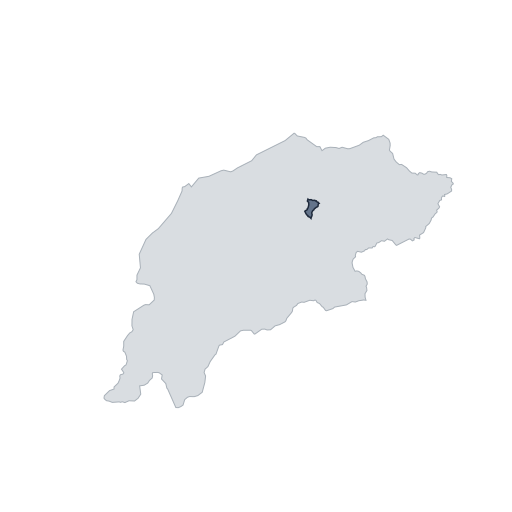 Xu'reemaral, Bayanhongor, Mongolia shown in context, rotated 146°
{"feature_id": "93677404B17106990406632", "entity_name": "Xu'reemaral", "entity_type": "district", "adm_level": 2, "iso_a3": "MNG", "parent_name": "Mongolia", "parent_adm1": "Bayanhongor", "projection": "albers", "projection_center": [98.288, 46.477], "detail": "fine", "context": "in_parent", "style": "filled", "palette": "slate", "viewbox_px": 512, "rotation_deg": 146, "n_neighbors": 0, "source": "geoboundaries", "source_scale": "gbopen_adm2", "svg_char_len": 4542}
<svg xmlns="http://www.w3.org/2000/svg" viewBox="0 0 512 512"><g transform="rotate(146 256 256)"><path d="M52.1,205.4L53.6,205.5L56.1,204.1L56.6,201.8L57.5,200.5L63.0,200.6L65.3,201.6L65.9,200.1L66.4,199.9L67.6,201.4L68.9,201.0L69.8,200.5L70.8,198.8L72.6,199.3L76.0,197.6L76.3,194.1L77.6,193.4L80.6,193.0L81.1,191.4L81.7,191.0L83.8,190.8L87.6,189.3L89.3,189.3L90.7,187.9L94.1,186.1L98.9,185.5L99.4,184.5L104.0,181.7L108.7,181.9L110.2,179.2L110.9,178.9L113.9,182.5L115.3,182.2L115.9,180.9L117.9,181.1L118.5,183.5L119.6,184.5L133.5,186.2L133.9,187.1L134.4,192.7L136.9,195.3L137.4,196.6L141.3,196.4L143.4,198.5L146.8,198.5L148.5,199.2L151.8,197.4L152.6,197.4L153.6,198.4L155.2,197.7L158.2,199.7L160.6,199.4L161.7,200.2L163.1,199.6L166.5,200.2L169.2,203.1L171.0,202.9L173.3,201.0L173.9,199.7L177.2,199.1L179.0,197.8L180.2,196.6L182.0,192.3L182.4,187.9L180.8,187.3L179.4,185.8L178.6,183.4L178.5,181.8L176.9,179.3L177.1,178.1L178.0,175.9L178.4,172.4L179.5,170.5L181.7,169.4L181.9,168.1L183.3,165.4L186.7,163.8L188.6,160.8L189.6,157.8L191.3,159.3L195.7,161.4L199.4,162.3L201.9,164.5L208.4,164.9L219.4,169.7L221.7,169.4L228.2,171.2L228.8,172.0L228.9,175.9L229.5,176.9L229.9,181.1L231.3,183.2L231.1,185.7L231.7,186.5L233.3,186.7L236.1,189.2L242.0,190.7L243.9,192.3L247.9,193.2L250.0,192.4L253.4,192.5L254.6,192.2L256.6,190.0L257.9,189.3L265.4,187.1L267.4,185.6L268.8,185.2L274.8,185.9L279.2,187.4L285.2,186.7L288.2,188.5L289.6,190.5L292.2,192.1L300.6,191.9L301.1,192.3L301.5,196.7L301.9,197.4L308.0,201.5L310.7,202.6L318.3,201.3L330.7,202.7L333.3,201.3L336.1,202.5L337.0,202.2L344.1,197.0L345.3,197.0L353.0,194.1L357.7,191.2L361.5,190.7L364.2,188.4L364.9,184.7L369.1,179.8L376.8,173.1L382.3,172.8L385.8,173.9L389.8,176.7L391.9,177.2L395.4,176.8L399.9,173.2L402.6,173.2L405.2,173.7L407.2,175.2L403.6,195.2L403.8,196.3L402.1,200.7L403.1,206.9L400.3,209.8L401.5,213.2L402.5,214.4L406.8,217.1L407.9,216.3L408.6,214.6L410.3,212.9L413.9,212.4L416.8,211.2L420.9,211.4L425.1,213.4L428.8,205.9L433.3,204.0L437.8,203.7L442.2,207.0L446.7,207.8L448.3,209.9L450.2,210.5L450.9,211.5L457.0,215.0L458.9,217.8L460.9,219.7L461.5,222.0L461.5,223.2L459.8,225.0L452.7,226.3L448.1,225.1L446.9,226.8L441.5,227.7L438.8,229.4L437.0,230.8L436.1,232.6L435.3,233.2L434.4,233.3L432.5,232.5L431.1,232.9L430.8,233.3L430.8,237.4L426.3,238.5L424.6,238.4L421.2,241.1L421.0,242.7L419.4,245.3L418.5,249.6L419.2,251.2L418.9,252.4L416.0,255.3L413.4,259.2L406.9,261.9L403.7,262.8L401.2,262.6L399.0,263.6L397.9,267.5L394.3,272.7L388.6,278.2L376.4,277.9L374.8,277.5L371.9,275.3L365.0,276.4L363.4,278.5L362.1,281.5L360.6,290.7L364.2,295.1L367.9,297.8L369.6,299.8L369.9,301.8L367.9,303.0L365.4,306.7L358.4,310.8L351.8,322.8L337.9,331.3L328.9,333.0L321.6,333.3L302.3,338.6L290.1,345.5L281.0,351.2L279.1,353.7L278.2,354.2L276.4,353.4L271.2,353.6L270.9,349.4L259.9,352.6L250.5,348.4L237.3,346.2L234.7,345.2L230.0,340.0L227.7,339.4L222.0,339.4L206.3,337.4L199.1,339.6L167.3,335.4L155.8,336.5L155.3,336.0L154.7,332.5L149.4,327.1L148.7,325.8L148.6,323.7L144.5,312.7L141.9,311.0L142.4,306.4L138.2,306.6L133.7,304.7L129.1,301.2L127.0,298.7L123.8,298.0L119.9,293.5L118.1,292.5L108.4,290.1L103.5,290.3L98.3,288.8L92.3,288.1L90.4,287.0L88.7,287.0L85.4,284.8L83.0,285.0L80.7,278.5L81.7,274.6L83.1,272.4L86.2,269.2L86.2,267.9L85.4,264.6L87.4,259.2L87.2,255.6L86.1,251.6L84.1,250.5L81.8,244.9L81.3,240.6L80.4,237.6L77.7,235.6L77.0,233.0L76.1,232.7L75.4,233.5L73.7,233.6L72.1,231.9L71.3,230.0L70.3,229.4L68.4,229.2L66.6,229.9L64.8,229.3L63.3,227.4L59.3,224.4L59.4,222.6L59.0,221.2L57.7,220.7L56.6,219.2L52.6,217.1L52.7,216.2L54.0,214.4L51.4,212.4L50.5,210.6L52.4,208.5L51.9,206.9L52.1,205.4Z" fill="#d9dde1" stroke="#a8b0b8" stroke-width="1"/><path d="M174.3,264.4L174.4,265.3L174.4,265.8L174.9,266.2L175.1,266.5L175.2,267.5L175.1,267.9L175.7,268.2L175.9,268.4L175.9,268.6L176.0,268.9L176.1,269.3L178.0,270.4L178.7,271.8L179.5,272.3L180.3,272.7L181.0,273.5L181.1,274.1L181.5,273.8L182.7,272.8L182.4,271.0L183.6,268.9L185.8,266.9L186.2,266.7L186.8,266.6L187.1,266.5L187.3,266.2L187.4,265.9L188.4,265.7L188.5,265.7L189.4,265.9L189.5,265.9L190.5,265.8L190.9,263.2L190.9,261.9L190.9,261.6L190.4,260.4L190.8,259.8L190.4,259.1L190.0,258.5L189.6,258.0L189.4,256.4L188.9,256.9L187.1,258.1L186.5,258.7L186.3,259.0L185.8,260.4L185.4,260.9L185.0,261.1L183.5,261.9L182.5,261.9L182.3,261.9L181.8,262.2L181.6,262.3L181.4,262.4L181.1,262.5L180.9,262.5L180.7,262.6L180.4,262.5L180.2,262.5L178.8,262.7L177.4,262.4L176.6,262.7L176.0,263.6L174.8,264.6L174.3,264.4Z" fill="#64748b" stroke="#1e293b" stroke-width="1.5"/></g></svg>